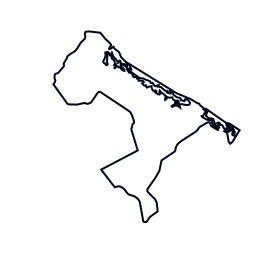 map outline of Lagunes (Robinson projection), rotated 217°
{"feature_id": "CIV-3458", "entity_name": "Lagunes", "entity_type": "Department", "adm_level": 1, "iso_a3": "CIV", "parent_name": "Ivory Coast", "parent_adm1": "", "projection": "robinson", "projection_center": [-4.434, 5.74], "detail": "fine", "context": "isolated", "style": "outline", "palette": "ink", "viewbox_px": 256, "rotation_deg": 217, "n_neighbors": 0, "source": "natural_earth", "source_scale": "10m", "svg_char_len": 5854}
<svg xmlns="http://www.w3.org/2000/svg" viewBox="0 0 256 256"><g transform="rotate(217 128 128)"><path d="M207.5,187.4L199.1,185.4L194.9,185.1L192.1,184.5L191.4,184.2L191.1,183.7L191.2,182.7L191.4,182.0L191.3,181.3L190.4,180.5L191.1,179.1L190.2,180.0L189.4,181.3L188.9,182.8L188.7,184.1L188.0,184.1L186.9,183.4L185.2,183.2L181.5,183.3L180.3,182.9L176.3,180.5L170.0,179.5L167.2,178.6L165.8,176.3L167.5,176.9L169.4,176.7L171.1,175.7L172.0,174.2L173.4,176.0L174.0,176.7L174.7,177.0L175.3,176.8L175.6,176.2L175.5,175.5L175.1,174.9L175.1,174.2L176.3,174.5L179.4,175.9L180.0,176.0L180.9,175.6L183.0,176.5L186.2,178.5L186.0,177.8L185.9,176.8L185.6,176.3L187.0,176.3L189.4,176.7L190.4,176.3L191.6,174.7L191.0,173.8L189.9,173.0L189.2,171.8L188.2,168.4L188.0,166.9L187.7,166.1L186.9,165.6L186.0,165.4L185.0,165.8L184.4,165.4L183.6,165.1L182.8,165.3L182.5,166.2L182.7,166.8L184.7,168.3L186.9,171.8L188.3,173.4L189.9,174.2L189.0,175.5L187.7,175.4L186.1,175.0L185.0,175.6L184.3,175.6L183.2,174.1L182.4,173.7L181.4,173.8L180.0,173.6L179.1,173.2L178.0,172.5L177.2,171.5L177.0,170.1L176.5,170.6L176.0,171.0L175.7,171.5L175.4,170.6L175.1,169.8L175.0,169.0L175.1,167.9L174.4,167.9L174.3,169.4L173.9,170.6L173.1,171.2L172.0,170.8L171.3,171.4L170.4,171.5L169.3,171.3L168.3,170.8L166.2,171.1L165.2,171.5L166.0,172.4L167.5,172.8L168.9,172.7L170.1,172.1L171.4,173.6L170.2,174.6L168.6,175.6L167.0,176.0L165.5,175.3L164.4,174.5L162.4,173.5L160.5,172.9L159.7,173.2L159.0,174.1L157.3,173.6L154.7,172.1L153.5,172.5L152.6,173.2L151.6,173.5L150.4,172.9L149.9,173.5L149.3,173.5L148.6,173.0L148.0,172.1L145.5,174.0L144.3,174.5L143.0,174.2L143.2,173.7L143.4,172.6L143.6,172.1L141.3,171.6L140.3,171.8L139.3,172.9L138.6,172.2L137.8,171.7L137.1,171.7L136.5,173.3L135.1,174.6L134.4,175.6L133.8,174.9L132.7,174.0L131.5,173.2L130.7,172.9L129.8,173.4L128.8,174.4L127.9,174.7L127.0,173.6L127.3,173.3L127.5,173.2L127.7,172.9L124.3,173.0L123.0,173.7L122.7,175.6L123.5,175.2L124.3,175.3L124.9,176.0L125.2,177.0L123.5,176.6L117.1,176.3L116.8,175.3L116.3,174.4L115.3,172.9L114.8,173.8L114.8,174.6L115.1,175.3L115.9,175.6L115.9,176.3L114.2,176.6L113.0,177.3L111.0,179.1L109.3,177.9L107.4,178.0L105.7,178.9L104.8,179.8L104.2,179.8L103.6,179.5L102.8,179.0L102.1,178.3L101.7,177.7L102.8,177.2L103.7,177.3L104.7,177.6L106.0,177.7L105.8,176.7L105.5,176.1L105.0,175.8L104.2,175.6L104.2,174.9L105.1,174.4L105.7,173.7L106.0,172.7L106.0,171.5L105.4,171.5L104.3,173.8L102.8,175.1L100.9,175.6L98.6,175.6L101.1,177.7L99.3,179.5L95.9,181.1L93.7,182.6L93.1,184.1L93.3,185.0L94.1,185.7L95.5,186.1L97.2,186.2L98.8,185.9L99.7,185.2L99.2,184.1L99.2,183.3L101.5,182.6L102.6,181.9L103.0,182.4L103.5,183.0L104.2,183.3L105.3,183.0L107.1,182.1L108.5,181.9L111.3,181.9L112.1,182.1L112.7,182.6L113.1,183.0L113.4,183.3L114.7,183.5L115.7,183.4L117.8,182.6L116.8,182.7L115.7,182.6L114.9,182.2L114.6,181.2L115.2,180.7L118.3,179.8L118.3,181.2L119.0,181.2L121.0,180.1L126.3,180.5L128.9,179.1L129.3,180.6L130.0,180.0L130.7,178.6L131.3,177.7L133.0,177.8L134.4,178.5L135.6,178.9L136.8,177.7L138.5,178.5L140.3,178.2L142.1,177.4L145.8,176.7L148.1,175.2L149.5,174.9L160.6,174.6L163.4,175.6L162.5,176.1L161.6,176.3L160.7,176.4L159.7,176.3L166.4,179.8L138.3,182.4L110.2,185.0L95.4,188.8L87.3,189.6L85.7,190.3L84.7,189.8L83.7,189.5L78.8,189.4L77.7,189.6L77.7,188.9L78.0,188.9L78.6,189.0L78.8,188.9L78.9,188.2L76.3,188.3L75.7,187.1L75.8,185.2L75.2,183.3L76.3,181.8L75.2,181.4L70.3,182.1L68.7,182.7L67.2,183.6L66.0,184.8L64.5,183.3L61.9,181.8L58.8,181.1L56.1,181.9L55.8,181.5L55.2,180.9L55.0,180.7L55.9,180.3L61.5,179.7L62.7,179.7L63.5,179.9L64.8,181.0L65.8,181.4L66.5,181.4L67.0,181.2L67.4,180.9L67.7,180.5L68.1,179.8L71.3,172.0L71.4,171.4L71.5,170.8L71.3,168.4L71.3,167.7L71.4,166.9L71.7,165.8L77.4,150.3L78.4,146.6L78.6,145.2L78.6,143.9L78.2,141.8L78.1,141.2L77.2,139.5L76.8,138.6L76.6,138.2L76.5,137.7L76.7,136.8L81.7,122.3L77.2,112.8L76.2,104.8L75.7,92.3L75.4,90.2L74.5,89.2L73.1,88.7L63.9,87.5L60.3,85.8L54.1,79.2L56.8,70.9L57.0,68.2L56.8,67.6L56.7,64.1L58.3,62.8L58.7,62.6L59.3,62.6L60.0,63.0L73.8,75.8L75.5,76.8L78.5,77.4L80.9,77.4L81.8,77.3L87.3,75.4L88.0,75.4L89.3,75.5L90.7,75.9L91.1,76.0L91.9,76.3L92.4,76.4L93.2,76.7L96.1,76.9L98.6,76.7L100.7,75.6L102.9,72.7L124.4,78.6L106.7,115.9L124.5,128.9L126.7,134.1L126.3,135.7L127.1,136.9L128.6,138.0L132.8,140.7L135.4,142.0L138.4,142.1L172.2,140.1L173.1,139.0L173.3,138.3L173.4,137.6L172.8,126.2L174.6,123.1L176.0,122.4L176.7,122.3L177.7,121.8L178.8,120.7L182.6,116.2L189.2,111.4L190.0,111.1L190.7,110.9L191.3,111.0L213.9,118.0L213.8,118.7L214.1,121.2L214.7,122.3L215.7,122.9L216.9,123.9L218.3,125.9L218.6,126.7L218.6,127.2L218.2,128.1L217.2,129.4L216.9,130.1L216.4,138.2L216.5,139.2L216.9,139.6L217.3,139.9L217.7,140.2L218.0,140.6L218.2,141.1L218.3,141.9L218.8,146.5L219.0,147.3L219.2,147.7L219.4,148.2L219.4,149.1L219.2,150.1L218.4,152.8L216.7,157.1L216.5,158.2L216.4,160.6L217.1,167.9L216.3,172.4L216.3,173.0L216.4,173.6L216.5,174.1L216.7,174.6L216.9,175.0L217.2,175.3L218.9,176.9L219.2,177.3L219.4,177.7L219.6,178.2L219.7,178.7L219.8,179.3L217.5,181.5L207.5,187.4L207.5,187.4ZM46.9,184.0L47.5,183.7L48.0,183.5L49.3,183.3L49.3,184.1L48.6,184.9L46.5,186.1L45.6,186.8L45.6,184.8L44.3,189.0L43.7,190.3L40.7,185.4L40.0,185.4L40.0,185.7L40.0,186.8L38.8,186.1L40.2,189.0L43.9,190.9L48.3,191.4L51.8,190.3L50.4,189.1L48.9,189.1L47.3,189.4L45.6,188.9L45.6,188.2L46.5,188.3L47.3,188.2L47.9,187.9L48.6,187.5L49.1,187.0L50.3,185.7L50.6,185.4L51.9,185.7L53.4,186.6L54.9,187.0L56.1,186.1L57.2,186.8L58.3,187.1L59.2,186.7L59.8,185.4L58.2,185.7L57.4,184.8L56.8,183.8L55.5,183.3L55.5,182.6L56.7,183.3L59.7,182.8L65.2,186.4L67.5,185.7L68.8,184.6L70.0,184.4L73.1,184.8L73.4,185.5L74.0,187.3L74.7,189.2L75.8,190.3L53.1,191.1L49.6,192.6L37.5,193.4L36.2,179.6L36.9,176.9L38.0,177.2L39.0,177.5L39.8,178.0L44.5,182.5L45.5,183.3L46.7,183.9L46.9,184.0Z" fill="none" stroke="#020617" stroke-width="2"/></g></svg>